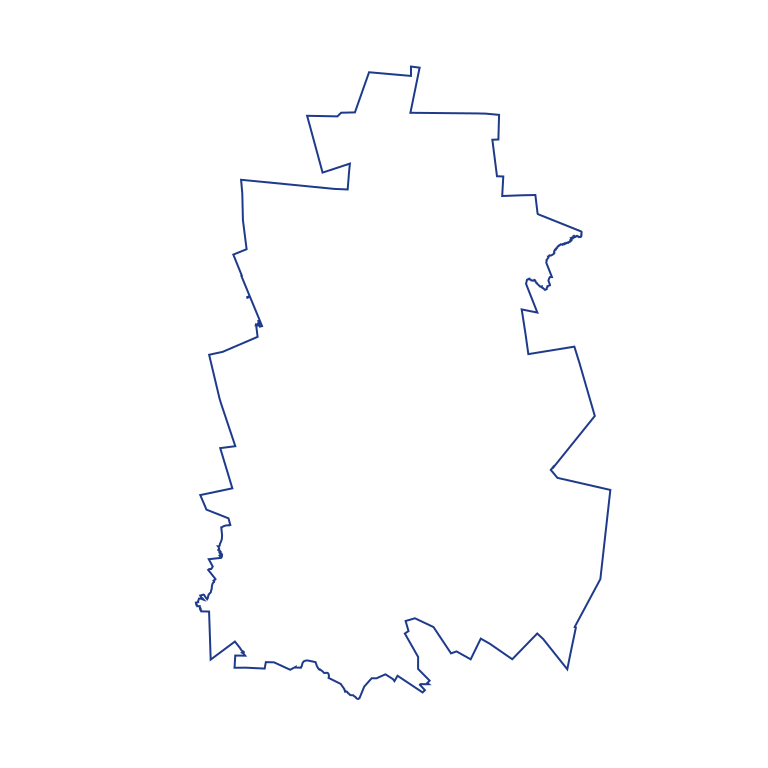 the district of Guadalcázar, San Luis Potosí, Mexico, rotated 352°
{"feature_id": "50627088B22261172610418", "entity_name": "Guadalcázar", "entity_type": "district", "adm_level": 2, "iso_a3": "MEX", "parent_name": "Mexico", "parent_adm1": "San Luis Potosí", "projection": "orthographic", "projection_center": [-100.275, 22.904], "detail": "fine", "context": "isolated", "style": "outline", "palette": "blue", "viewbox_px": 768, "rotation_deg": 352, "n_neighbors": 0, "source": "geoboundaries", "source_scale": "gbopen_adm2", "svg_char_len": 6006}
<svg xmlns="http://www.w3.org/2000/svg" viewBox="0 0 768 768"><g transform="rotate(352 384 384)"><path d="M375.1,112.5L345.2,107.7L352.6,166.1L380.9,161.0L378.9,169.2L375.1,186.3L362.0,183.9L314.1,172.3L270.9,161.9L270.2,175.5L267.1,202.1L266.7,231.4L252.8,234.9L258.3,256.9L257.8,257.1L263.2,278.2L260.6,278.9L260.7,279.6L263.4,278.9L269.9,304.1L268.4,304.1L268.6,305.3L268.7,306.0L268.3,306.0L267.7,306.3L267.5,306.8L268.6,307.2L269.7,305.9L270.2,305.5L271.3,309.7L269.1,309.9L268.9,308.6L268.5,308.4L267.9,308.2L267.3,308.6L265.4,307.3L265.3,307.6L265.6,307.5L265.4,319.7L228.7,329.7L214.9,330.7L219.1,375.5L220.2,382.2L228.1,424.9L212.9,424.7L219.3,466.2L186.6,468.4L190.7,483.7L211.3,495.4L212.2,502.2L211.4,502.2L211.1,502.4L210.9,502.2L210.6,502.4L210.2,502.3L210.0,502.2L209.1,502.2L208.5,502.1L207.3,502.1L206.1,502.4L205.6,502.4L203.9,503.1L203.7,503.3L202.9,503.3L202.6,511.2L201.9,514.8L200.5,517.7L199.3,519.4L198.7,521.3L198.1,521.7L197.0,521.6L197.6,522.6L197.7,523.3L197.9,524.2L197.2,524.8L196.7,525.2L196.7,525.3L196.9,525.5L197.5,525.2L198.8,527.3L198.1,527.9L197.6,527.9L198.0,529.4L198.1,529.1L199.4,529.2L199.9,530.5L199.5,532.0L197.5,531.5L197.8,532.2L198.6,532.2L198.9,533.0L198.8,533.3L198.5,533.5L186.1,533.1L189.0,540.9L187.3,543.1L185.0,543.0L184.0,543.6L189.0,552.0L190.0,553.8L189.5,554.2L187.8,555.0L188.3,556.0L188.1,556.5L187.3,556.9L186.7,557.5L186.1,558.5L185.1,561.5L185.0,562.6L184.9,563.0L184.3,563.8L183.6,566.0L182.8,566.8L182.1,567.1L181.3,568.0L181.1,568.4L180.8,568.5L179.6,571.7L179.2,572.0L179.0,572.5L178.9,572.6L178.3,571.6L176.9,568.9L176.9,568.7L176.5,567.9L175.8,567.4L175.5,567.5L172.6,567.9L173.3,569.6L173.2,570.4L174.4,570.9L175.4,572.5L174.0,571.8L173.8,571.5L173.5,571.3L171.0,570.7L169.6,573.4L169.6,574.2L167.3,574.3L167.4,576.4L167.8,576.4L168.0,577.3L168.1,578.1L170.6,578.3L170.5,580.2L170.8,580.2L170.6,581.6L171.2,581.6L171.3,583.7L179.1,585.0L175.5,618.9L174.0,632.8L200.5,618.3L204.4,624.9L206.2,628.6L207.6,629.4L207.8,629.7L207.9,630.0L207.4,630.3L206.3,630.5L207.3,631.3L208.7,633.7L198.9,632.2L196.5,644.2L207.8,645.7L226.2,649.2L228.3,643.0L236.3,644.3L251.3,653.9L256.9,651.9L256.7,652.4L262.3,653.4L262.7,652.4L263.2,652.1L264.6,648.8L266.1,647.4L268.1,647.0L270.1,647.2L277.5,649.9L278.3,654.0L278.9,655.6L279.7,657.2L280.7,657.5L280.8,657.8L280.7,658.1L281.1,658.2L281.4,658.3L283.3,660.1L284.2,661.6L284.6,661.8L287.6,662.1L288.0,662.3L288.3,662.6L288.7,663.5L288.9,664.6L288.7,666.1L288.2,667.3L299.4,675.0L302.3,680.7L302.2,681.2L302.3,681.6L302.8,682.2L302.6,682.8L302.6,683.3L303.1,683.4L303.6,683.2L303.9,683.3L304.6,683.6L305.0,684.3L305.3,685.1L306.2,685.8L306.8,686.9L307.2,687.2L308.1,687.6L309.9,687.9L310.3,688.0L311.2,689.3L312.1,689.8L312.9,691.3L313.9,692.1L314.5,692.3L314.9,692.3L315.6,691.7L316.0,691.7L322.3,680.9L330.8,673.7L335.6,674.4L345.0,671.7L351.5,677.2L352.1,678.0L353.0,679.7L356.8,674.8L379.3,694.8L381.9,692.9L377.7,686.9L378.3,686.3L386.5,687.5L385.2,686.2L387.9,684.1L378.1,670.9L379.8,659.0L369.9,634.0L373.9,632.1L372.4,621.7L382.0,620.3L399.2,631.6L412.9,660.1L418.6,658.9L431.5,668.7L444.4,649.6L452.7,656.0L472.7,674.4L501.0,652.4L506.0,658.5L525.8,692.0L531.1,676.9L540.1,651.9L539.0,651.2L571.1,607.3L593.4,520.4L542.7,501.1L537.2,492.3L540.2,489.5L540.3,490.0L588.3,445.0L580.5,390.6L577.7,373.5L531.1,374.5L531.1,354.0L530.8,333.5L530.7,329.3L545.8,334.6L538.6,304.6L540.1,300.7L541.9,300.1L541.9,300.3L542.3,300.3L542.4,300.5L542.6,300.4L542.6,300.6L543.0,300.7L543.3,300.8L543.8,301.1L544.2,301.9L544.4,302.0L544.6,301.9L545.3,302.2L545.7,302.2L546.0,302.5L547.0,302.4L547.2,302.5L547.4,301.9L547.9,302.2L548.3,303.0L548.4,303.8L548.4,304.1L548.8,304.6L548.8,304.8L549.0,304.9L549.1,305.1L549.3,305.1L549.5,305.5L549.5,305.8L549.8,306.3L550.6,307.2L550.8,307.5L551.2,307.9L551.4,308.3L551.7,308.5L552.0,309.2L552.5,309.4L553.8,309.3L553.6,309.8L553.7,310.3L554.4,311.0L554.7,311.0L556.5,313.2L557.7,312.9L558.3,312.7L558.3,312.0L558.5,311.6L559.3,310.9L559.4,309.9L562.1,309.3L562.1,308.5L561.2,304.5L562.0,302.7L563.2,301.2L565.2,301.5L561.6,286.6L561.8,285.6L562.2,284.9L562.1,284.0L562.4,283.6L562.8,283.4L564.2,281.8L564.4,281.4L564.3,281.0L564.6,281.1L564.7,280.6L565.0,280.2L565.3,280.1L565.7,280.0L565.7,279.7L566.0,279.6L566.3,279.9L567.4,280.0L569.1,279.3L570.5,278.5L570.6,278.0L571.0,277.8L571.0,277.3L570.8,276.8L571.2,276.2L571.2,275.9L571.4,275.5L571.9,275.2L572.1,274.8L572.5,274.9L572.6,274.5L572.8,274.4L573.1,274.5L573.2,274.4L573.3,273.7L574.1,273.5L574.3,273.3L574.6,273.0L574.9,272.1L575.2,271.9L575.8,271.9L576.4,271.6L576.6,271.2L576.9,271.0L577.0,270.9L577.4,271.0L577.9,270.6L578.4,270.6L578.6,270.5L578.7,270.3L579.6,270.6L580.2,271.0L580.4,270.9L580.8,270.2L581.0,270.2L581.1,270.6L581.4,270.7L581.8,270.4L582.0,270.6L582.3,270.7L582.7,270.5L582.8,270.4L582.7,270.1L583.3,270.1L583.3,269.9L583.9,270.1L584.1,270.0L584.2,269.7L584.7,269.9L585.0,269.7L585.3,269.5L585.7,269.7L585.9,269.6L586.3,269.8L586.5,269.6L586.4,269.2L587.5,268.9L588.0,268.4L588.1,268.5L588.4,268.7L588.7,268.1L588.9,268.0L589.0,267.8L589.1,267.7L589.3,268.1L589.7,267.9L589.7,267.6L589.5,267.3L589.2,267.0L589.7,266.8L589.8,266.6L590.1,266.5L589.8,266.2L589.6,266.4L589.6,265.9L589.5,265.7L590.1,265.7L590.4,265.5L590.3,265.2L591.0,265.1L591.7,265.4L591.7,265.0L591.9,264.9L591.9,264.5L592.0,264.3L592.2,264.5L592.3,265.0L592.7,265.0L592.8,264.6L593.3,265.1L593.5,265.1L593.7,264.9L593.7,264.5L594.1,264.9L594.9,264.6L595.3,264.6L595.3,264.3L595.5,264.2L596.4,264.8L596.5,264.7L596.8,265.1L597.3,265.3L597.6,265.7L598.0,265.6L598.6,265.6L599.1,265.8L599.7,265.5L599.9,265.1L599.9,264.4L600.3,264.0L600.2,263.5L600.4,263.1L600.3,262.6L600.6,262.2L600.6,261.9L600.7,261.7L600.7,260.6L600.5,260.4L560.0,237.2L559.8,236.5L560.2,217.9L545.8,216.2L527.2,214.3L531.0,195.1L524.8,194.0L525.3,157.2L531.3,157.8L535.4,133.5L522.3,130.4L513.1,128.9L447.9,119.1L463.3,75.7L454.9,73.4L453.6,82.7L412.6,73.2L393.0,111.0L379.3,109.4L375.1,112.5Z" fill="none" stroke="#1e3a8a" stroke-width="2"/></g></svg>